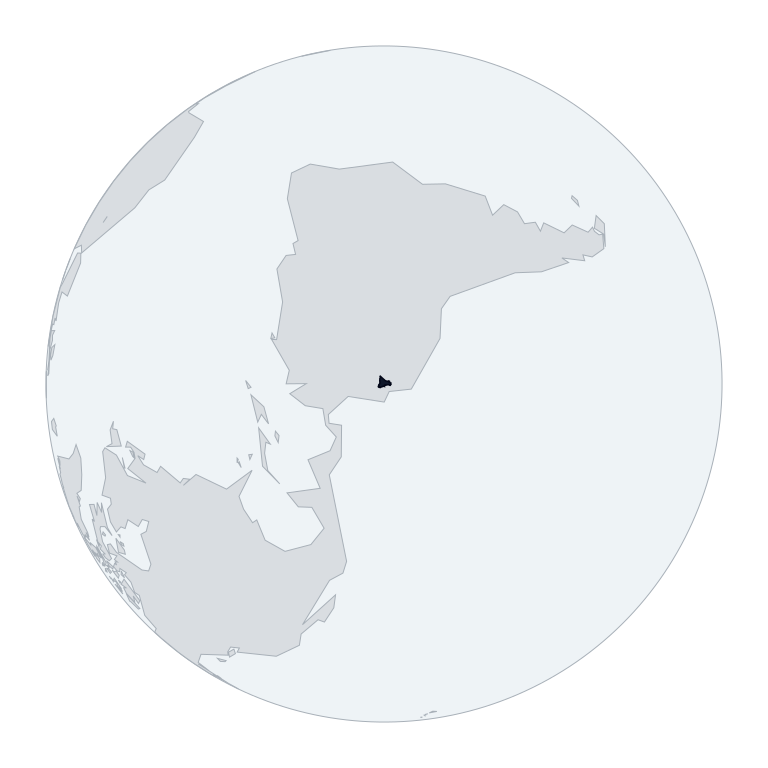 the Earth from above Morona Santiago, rotated 241°
{"feature_id": "ECU-1285", "entity_name": "Morona Santiago", "entity_type": "Province", "adm_level": 1, "iso_a3": "ECU", "parent_name": "Ecuador", "parent_adm1": "", "projection": "orthographic", "projection_center": [-78.23, -2.513], "detail": "fine", "context": "on_globe", "style": "filled", "palette": "ink", "viewbox_px": 768, "rotation_deg": 241, "n_neighbors": 0, "source": "natural_earth", "source_scale": "10m", "svg_char_len": 8446}
<svg xmlns="http://www.w3.org/2000/svg" viewBox="0 0 768 768"><g transform="rotate(241 384 384)"><circle cx="384" cy="384" r="338" fill="#eef3f6" stroke="#a8b0b8"/><path d="M187.9,108.8L205.8,97.6L212.9,93.4L209.3,94.8L215.8,90.9L216.8,90.4L230.9,82.8L235.9,80.3L241.3,77.7L239.8,78.4L247.6,74.8L248.1,74.6L249.9,73.8L270.2,65.8L278.2,63.2L280.5,66.2L297.6,62.6L317.7,67.5L322.6,64.9L333.3,66.6L342.9,64.6L343.9,67.1L350.7,63.6L348.0,61.8L350.0,59.9L355.5,58.9L357.7,61.5L355.3,62.4L358.8,62.7L357.5,64.6L361.2,63.1L363.2,67.1L369.2,61.9L377.6,64.2L376.8,67.2L366.4,68.4L338.7,82.1L334.6,87.5L339.4,92.8L370.4,98.5L370.3,104.6L377.8,111.6L382.7,106.9L378.5,100.0L389.5,94.2L383.1,87.5L386.6,84.6L384.3,78.2L396.0,77.9L408.6,81.5L411.1,87.2L416.7,89.4L423.5,83.5L437.0,95.1L461.3,105.2L463.5,109.0L451.5,115.5L428.3,115.2L412.7,127.8L434.3,118.9L439.6,130.2L445.3,132.2L451.6,131.8L454.1,127.4L458.3,131.7L438.5,141.0L434.4,137.2L440.7,133.9L429.9,134.5L416.6,142.6L420.3,148.7L396.3,157.8L398.7,162.7L394.8,168.0L392.6,159.4L396.0,175.7L368.4,195.3L372.5,226.8L356.0,202.7L342.6,200.5L326.4,201.8L326.8,206.8L305.0,204.3L285.6,216.3L279.0,242.2L286.9,261.7L311.1,261.1L318.1,249.5L335.8,246.4L323.7,277.6L354.6,280.8L351.8,304.5L360.8,316.6L376.2,313.0L392.1,318.6L403.2,304.6L421.2,296.9L422.0,316.2L431.6,298.5L441.9,307.8L477.5,307.3L474.9,311.6L504.9,335.1L536.5,346.1L543.9,360.7L540.2,369.5L551.0,372.5L551.1,378.4L592.9,389.3L613.4,405.4L612.1,426.1L593.6,449.1L573.9,499.2L540.0,514.5L529.3,534.7L499.3,563.6L479.0,560.8L482.8,575.7L469.8,584.2L456.1,584.6L452.1,594.8L441.8,594.9L447.5,601.8L428.9,614.8L431.8,625.7L417.8,636.1L420.1,642.4L415.5,642.1L410.2,644.4L409.1,647.9L395.8,641.9L394.2,627.7L400.5,620.6L394.5,619.3L408.0,600.7L400.7,604.4L405.8,576.1L417.7,552.6L428.6,484.3L422.0,470.7L396.7,455.1L366.3,405.4L374.9,384.9L368.1,375.4L390.5,346.6L384.3,320.5L376.3,316.9L368.5,326.9L341.0,311.3L331.1,292.1L247.0,265.3L238.5,256.4L238.7,241.2L213.0,196.0L223.1,239.4L212.6,231.6L204.7,216.5L209.8,212.0L205.5,190.3L196.5,183.3L198.1,157.8L220.7,125.6L223.2,129.5L228.3,122.3L225.5,117.4L222.4,116.2L236.3,92.9L230.6,86.5L217.9,92.0L229.2,85.8L197.8,102.7L187.8,108.9L187.9,108.8ZM72.0,271.5L74.4,264.1L74.2,268.0L72.0,271.5ZM75.0,260.2L74.3,262.5L74.7,260.7L75.0,260.2ZM74.8,259.2L74.9,259.9L74.4,259.9L74.8,259.2ZM74.1,258.9L74.6,258.7L74.4,259.0L74.1,258.9ZM371.0,237.9L406.4,253.1L386.6,255.4L390.3,252.4L381.3,246.0L364.6,240.4L347.2,244.4L371.0,237.9ZM74.1,256.1L74.2,255.2L74.9,254.2L74.1,256.1ZM386.2,219.7L380.1,218.6L386.0,218.4L386.2,219.7ZM220.0,116.5L224.8,117.9L224.9,124.2L220.2,123.3L220.0,116.5ZM220.7,106.4L224.8,105.3L218.6,111.8L218.2,110.4L220.7,106.4ZM207.3,97.5L210.0,96.8L205.2,99.0L207.3,97.5ZM378.1,78.9L381.1,78.6L380.0,79.9L378.1,78.9ZM374.2,76.7L370.7,78.6L368.3,77.9L370.5,76.7L374.2,76.7ZM379.1,74.7L364.6,76.4L360.5,75.2L365.5,70.2L379.1,74.7ZM344.8,61.7L347.9,63.6L340.3,63.1L344.8,61.7ZM339.4,62.0L312.9,65.4L311.0,62.9L320.2,61.9L313.6,60.2L325.7,57.2L332.0,57.5L330.9,59.5L336.3,57.0L339.4,62.0ZM350.3,59.1L345.1,59.7L343.0,57.5L353.0,56.0L350.5,57.1L350.3,59.1ZM306.0,61.6L306.2,60.1L316.0,57.1L317.4,56.3L325.8,57.0L306.0,61.6ZM353.7,57.1L358.1,55.4L364.0,55.7L355.2,58.5L353.7,57.1ZM338.3,57.7L337.8,56.7L341.3,56.6L338.3,57.7ZM387.4,57.1L381.3,57.1L379.7,55.8L387.4,57.1ZM359.4,54.8L357.3,54.7L356.0,54.4L360.0,53.4L359.4,54.8ZM332.1,55.2L336.2,54.5L329.2,54.7L336.3,53.0L340.6,54.0L341.7,52.9L343.8,52.4L344.9,53.9L332.1,55.2ZM360.2,51.7L368.0,53.4L379.8,53.2L381.5,54.2L362.3,54.4L360.2,51.7ZM351.1,52.8L357.1,52.2L356.3,53.4L351.6,54.5L351.1,52.8ZM339.5,51.7L327.6,53.9L327.0,53.7L339.5,51.7ZM363.7,51.3L361.8,51.0L364.7,51.2L363.7,51.3ZM347.1,51.2L343.0,51.8L342.5,51.5L347.1,51.2ZM361.3,50.1L363.8,50.4L360.8,51.0L361.3,50.1ZM354.9,50.4L355.3,49.8L358.1,51.0L353.2,50.7L354.9,50.4ZM347.4,50.8L345.7,50.8L349.2,50.6L347.4,50.8ZM371.4,48.1L375.7,49.5L369.0,50.6L365.7,49.0L371.4,48.1ZM417.4,654.4L396.7,644.1L408.6,648.8L418.2,643.5L428.5,651.2L417.4,654.4ZM445.1,640.7L455.5,638.0L457.5,639.8L450.8,642.2L445.1,640.7ZM626.4,148.6L625.3,147.4L628.0,151.8L647.1,179.5L645.4,182.3L636.9,177.3L614.4,149.7L620.6,147.0L612.7,138.8L598.1,127.7L601.2,128.3L596.0,124.0L597.1,123.2L585.4,113.0L584.5,112.0L579.6,108.4L603.9,127.5L626.4,148.6ZM557.7,94.1L559.1,95.1L541.7,85.2L535.1,81.8L557.7,94.1ZM701.8,498.9L707.7,480.8L710.6,470.7L701.8,498.9ZM719.7,422.9L721.4,389.8L721.2,365.4L720.2,355.1L719.2,357.4L717.1,345.2L715.7,344.9L701.1,353.4L691.7,337.8L668.7,291.1L667.8,272.5L658.9,251.5L645.2,183.1L652.1,186.6L652.4,178.7L652.8,179.2L667.7,200.4L680.9,222.7L692.4,245.9L702.1,269.9L709.9,294.6L715.8,319.8L719.7,345.4L721.7,371.2L721.7,397.1L719.7,422.9ZM661.4,216.6L664.4,222.7L664.5,222.7L661.4,216.6ZM478.6,307.0L482.9,310.8L477.3,310.9L478.6,307.0ZM384.1,263.1L391.5,263.4L395.4,266.2L389.8,267.2L384.1,263.1ZM445.8,263.0L454.2,264.7L445.6,266.1L445.8,263.0ZM411.9,255.1L439.1,262.4L422.3,267.9L405.1,263.7L416.9,262.0L411.9,255.1ZM383.0,230.1L387.7,231.4L386.4,234.7L383.0,230.1ZM390.5,219.6L388.7,220.0L386.3,217.3L390.5,219.6ZM440.7,129.6L442.4,129.1L449.0,129.5L446.2,131.4L440.7,129.6ZM476.6,122.2L482.6,129.3L476.4,125.0L473.6,128.2L457.1,124.1L463.8,110.8L463.7,117.2L476.6,122.2ZM436.8,116.3L446.6,119.5L435.6,116.6L436.8,116.3ZM566.3,104.2L571.0,106.4L576.9,111.1L578.0,115.2L569.4,108.1L566.3,104.2ZM576.2,108.7L555.6,95.9L554.1,93.8L558.4,96.9L559.5,96.8L566.7,102.1L585.4,113.7L591.9,118.9L590.4,121.9L587.3,117.6L583.0,115.3L576.2,108.7ZM505.7,76.0L496.7,72.9L505.0,71.9L512.4,75.0L514.0,78.5L506.2,77.0L505.7,76.0ZM390.8,66.6L386.9,67.3L386.2,66.3L389.1,64.9L390.8,66.6ZM384.7,57.2L407.4,63.3L404.1,64.1L421.4,68.0L419.3,72.0L408.1,69.1L419.5,75.7L408.5,74.8L417.2,79.3L392.6,72.5L383.2,72.7L394.5,70.8L396.7,66.9L394.8,65.3L382.5,61.4L363.4,61.1L362.6,58.1L367.1,56.1L371.5,55.7L370.7,57.6L377.3,55.8L379.4,58.3L384.7,57.2ZM420.0,48.1L417.2,48.1L430.7,49.4L433.0,50.0L434.4,50.2L440.2,51.4L449.7,53.4L449.2,53.7L453.1,54.4L457.1,55.6L462.3,56.9L463.2,58.2L469.6,60.1L466.4,59.7L477.3,62.7L469.6,61.1L473.9,63.2L479.1,63.7L471.2,72.1L473.9,78.5L480.3,85.3L466.2,82.9L451.2,75.7L437.8,67.6L437.3,62.4L431.0,62.8L428.9,60.7L434.8,61.2L424.5,59.3L424.3,57.8L412.4,53.6L397.8,52.8L393.0,51.7L398.7,51.4L390.0,50.7L397.5,49.5L394.3,48.9L398.4,47.7L411.2,48.2L406.6,47.6L409.6,47.3L420.0,48.1ZM373.0,47.7L387.7,47.0L396.2,47.4L385.4,49.5L387.3,50.2L380.7,52.6L368.6,52.4L371.6,51.6L371.7,50.8L375.4,51.2L372.5,50.4L376.5,49.5L375.3,48.8L380.5,48.6L373.0,47.7ZM638.7,162.0L638.0,161.1L645.8,170.3L645.5,170.1L638.7,162.0ZM630.9,153.3L637.3,160.3L633.7,156.4L630.9,153.3Z" fill="#d9dde1" stroke="#a8b0b8" stroke-width="1"/><path d="M393.2,384.3L392.6,384.6L391.8,384.8L391.1,385.1L390.3,385.3L389.6,385.6L388.9,385.8L388.1,386.1L387.4,386.4L386.6,386.6L386.2,386.8L385.7,387.2L385.1,388.0L384.8,388.2L384.7,388.3L384.6,388.7L384.5,388.8L384.3,388.9L384.2,389.0L384.3,389.3L384.4,389.6L384.2,389.7L384.1,389.8L383.9,389.4L383.8,389.2L383.5,389.2L383.4,389.1L383.2,389.3L383.3,389.4L383.3,389.5L383.2,389.8L383.1,390.0L382.4,390.0L382.0,390.1L381.9,390.1L381.6,390.0L381.4,390.2L381.4,390.3L381.2,390.2L380.9,390.2L380.7,390.1L380.4,390.0L380.4,389.9L380.2,389.7L380.2,389.4L380.3,389.4L380.4,389.2L379.8,388.8L379.8,388.7L380.6,388.0L380.7,387.9L380.9,387.8L381.1,387.7L381.4,387.4L381.5,387.3L381.5,387.2L381.5,386.9L381.6,386.6L382.0,386.0L382.0,385.9L381.9,385.8L381.9,385.7L382.0,385.2L382.8,384.8L382.8,384.7L382.6,384.3L382.4,384.4L382.3,384.5L382.2,384.7L382.1,384.3L382.3,384.2L382.5,384.0L382.5,383.9L382.5,383.7L382.5,383.3L382.5,383.2L382.4,383.1L382.0,382.9L381.9,382.9L382.1,382.7L382.2,382.4L382.3,382.3L382.4,382.2L382.4,381.9L382.4,381.7L382.5,381.6L382.7,381.4L382.6,381.2L382.5,380.9L382.5,380.7L382.9,380.2L382.9,379.9L382.8,379.7L382.7,379.6L382.7,379.4L382.7,379.2L382.8,379.2L383.0,378.9L383.2,378.7L383.3,378.7L383.2,378.4L383.3,378.2L383.6,377.9L383.8,377.9L384.0,377.9L384.3,377.7L384.6,377.8L384.8,378.0L385.1,378.6L385.2,378.8L385.3,379.0L385.7,378.9L385.8,379.0L386.0,379.5L386.1,379.8L386.2,380.0L386.3,380.2L386.3,380.4L386.3,380.5L386.5,380.6L386.8,380.7L386.9,380.8L387.0,381.0L387.4,381.2L389.0,381.9L390.3,382.8L390.5,382.8L390.7,383.1L390.9,383.4L391.0,383.4L391.0,383.5L391.1,383.8L391.3,384.0L391.5,384.1L392.0,384.2L392.3,384.2L392.6,384.3L392.9,384.4L393.0,384.3L393.2,384.3Z" fill="#0f172a" stroke="#020617" stroke-width="1.5"/></g></svg>